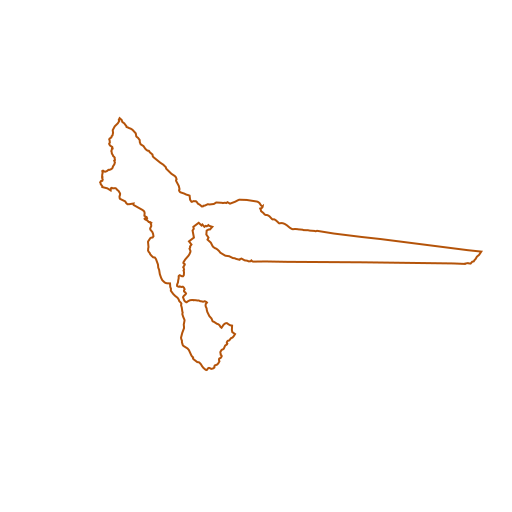 Cartago, Cartago, Costa Rica (Equal Earth projection), rotated 302°
{"feature_id": "36466004B19971785414820", "entity_name": "Cartago", "entity_type": "district", "adm_level": 2, "iso_a3": "CRI", "parent_name": "Costa Rica", "parent_adm1": "Cartago", "projection": "equal_earth", "projection_center": [-83.947, 9.787], "detail": "fine", "context": "isolated", "style": "outline", "palette": "amber", "viewbox_px": 512, "rotation_deg": 302, "n_neighbors": 0, "source": "geoboundaries", "source_scale": "gbopen_adm2", "svg_char_len": 6081}
<svg xmlns="http://www.w3.org/2000/svg" viewBox="0 0 512 512"><g transform="rotate(302 256 256)"><path d="M280.3,193.9L277.8,192.7L275.0,189.2L274.4,187.7L271.5,185.8L270.8,184.8L270.1,184.8L269.3,183.9L269.7,181.1L269.6,178.9L270.3,177.6L270.6,175.9L270.2,175.4L269.4,173.9L267.9,172.9L267.8,172.5L268.8,170.3L272.0,167.7L271.8,166.6L271.1,164.2L270.9,162.0L270.0,158.3L270.0,157.6L270.3,156.8L271.1,155.8L272.2,155.7L274.5,153.4L277.2,148.7L277.9,148.0L279.0,148.0L280.3,146.4L280.8,144.8L280.9,140.7L282.4,133.9L282.5,133.5L283.5,132.5L284.3,129.0L284.4,125.3L285.5,116.5L285.9,115.6L287.2,114.4L287.7,110.9L288.4,109.6L288.4,109.2L287.9,108.4L287.9,107.0L288.3,105.2L289.6,102.3L289.6,99.0L290.9,97.2L292.7,95.9L293.7,93.3L293.8,91.8L294.0,91.1L296.3,89.0L297.6,84.3L297.6,82.4L297.1,79.9L297.2,79.5L296.8,78.0L296.9,77.6L297.5,77.2L298.2,75.1L298.7,74.1L298.8,71.7L300.2,69.9L300.6,67.3L298.7,67.5L298.0,68.5L297.1,68.5L295.3,68.5L291.1,67.5L286.8,67.8L284.7,69.5L282.2,70.4L281.0,70.1L279.9,70.5L277.9,69.6L277.0,69.8L276.6,70.5L274.8,71.9L273.3,72.0L272.7,72.9L272.3,74.0L272.3,76.3L271.2,77.4L270.8,76.9L269.7,77.4L268.3,77.7L267.8,78.4L266.5,79.5L265.6,81.3L265.0,82.0L264.9,83.2L264.4,84.2L263.7,84.5L262.7,85.5L262.1,85.6L261.7,85.3L260.5,86.8L260.0,86.9L258.6,87.3L256.1,87.2L255.0,87.6L254.0,87.6L252.8,87.1L251.4,86.1L250.9,85.2L249.1,84.6L247.6,83.5L247.2,82.5L247.4,81.3L247.1,80.8L246.6,80.6L245.2,81.9L243.7,82.4L241.8,83.4L241.6,84.0L240.8,84.0L239.6,85.5L238.3,85.8L237.6,84.9L235.9,84.8L235.6,85.4L234.7,86.2L233.7,88.7L233.0,89.1L234.6,94.1L234.6,98.0L236.5,97.1L237.1,97.3L237.4,97.6L237.5,98.7L238.9,100.6L239.1,101.7L238.6,103.0L238.3,105.1L237.0,107.6L235.8,108.3L234.3,108.6L232.9,109.6L232.4,110.3L233.0,116.2L232.1,117.9L231.8,119.6L232.8,121.1L235.6,124.3L234.8,124.5L234.4,125.2L234.9,135.5L234.6,137.5L234.2,138.0L233.4,138.8L231.0,140.0L231.0,140.8L230.7,141.3L231.1,142.4L230.3,143.7L229.9,143.7L229.3,142.4L228.8,141.9L228.5,141.8L228.3,142.2L228.5,145.2L228.0,147.0L228.7,148.4L228.6,149.6L227.7,149.4L227.0,150.5L225.9,151.3L223.4,151.6L222.8,152.0L222.3,152.6L221.4,155.4L220.3,156.9L218.4,158.6L216.9,158.5L216.0,157.4L215.1,156.9L211.5,156.8L210.8,156.9L206.6,160.1L205.4,160.5L203.4,161.6L202.7,162.7L202.2,164.3L201.4,165.4L200.8,167.4L200.4,169.5L200.9,170.5L201.1,171.1L200.3,172.9L196.8,177.4L194.3,179.3L193.0,181.1L189.6,184.1L187.2,187.1L185.8,189.4L185.2,192.4L185.2,193.5L185.7,195.0L187.2,197.6L184.3,199.7L183.2,201.2L181.4,202.2L179.9,206.0L179.3,208.6L179.0,211.6L178.2,213.4L177.1,214.8L176.5,217.2L176.0,218.0L174.6,218.5L172.9,220.4L169.7,223.1L169.3,223.7L167.7,224.3L165.9,226.4L164.0,229.1L163.4,229.6L159.5,231.1L157.6,232.6L156.6,233.2L151.7,234.2L147.0,235.7L146.0,236.6L145.0,238.0L143.2,239.2L142.8,239.9L141.9,240.7L141.4,241.6L141.3,242.6L141.3,246.9L140.7,248.9L137.6,253.6L136.9,254.9L136.7,256.4L135.8,256.8L135.4,257.5L134.9,262.4L135.6,263.9L135.6,264.5L135.0,266.7L134.0,268.6L133.3,270.5L132.9,272.8L132.9,274.2L133.6,274.8L135.2,274.8L136.0,275.2L136.4,275.9L136.5,277.5L136.7,278.1L138.2,279.4L139.4,279.8L140.5,279.1L141.4,279.1L143.2,280.5L144.8,280.9L147.3,280.8L148.2,279.7L149.3,279.2L149.9,279.3L150.6,280.0L152.5,280.1L153.0,279.9L153.4,279.3L153.5,278.4L154.3,277.9L155.1,277.0L155.9,276.6L158.2,276.6L159.3,277.4L160.3,277.8L163.7,277.3L165.6,278.2L166.5,278.1L166.7,277.4L167.3,277.0L168.4,276.9L169.1,277.0L170.0,277.9L170.7,278.1L173.0,278.3L174.4,279.3L176.2,279.6L178.7,279.6L178.9,276.2L180.4,274.8L184.3,272.6L183.6,270.9L183.5,268.7L183.7,267.2L183.3,266.3L181.9,265.3L180.2,264.9L176.9,264.8L177.0,263.6L177.9,261.9L178.1,260.8L178.1,259.9L177.8,258.8L177.9,255.2L177.7,254.6L177.7,253.7L179.4,251.4L180.3,248.3L182.8,244.3L184.2,242.8L185.4,241.9L186.4,240.3L187.2,239.5L188.7,238.8L190.5,239.1L190.7,238.3L190.5,236.5L189.6,235.8L189.1,235.2L188.8,234.1L188.1,232.6L188.0,231.3L187.7,230.6L187.3,230.1L186.6,228.4L185.5,226.4L185.4,226.4L185.3,225.9L184.2,224.3L183.3,223.3L181.2,222.1L180.0,221.7L179.8,221.3L179.9,219.8L180.2,218.8L182.4,215.9L183.9,215.9L185.8,216.5L187.0,216.6L187.6,215.6L187.8,213.8L188.6,213.2L190.0,213.1L190.9,211.7L191.2,210.3L191.0,209.9L190.2,209.2L189.8,207.5L189.4,207.5L188.8,206.4L188.8,204.9L190.0,204.2L192.3,203.8L194.2,202.9L196.2,202.2L197.9,201.1L198.4,201.1L199.3,201.5L199.5,203.7L200.0,204.7L200.2,204.9L201.6,204.9L204.0,203.6L204.8,202.9L205.2,202.3L206.2,202.3L207.9,200.7L208.0,200.2L210.9,200.2L211.4,199.7L211.4,198.4L211.8,198.0L212.3,197.8L215.5,197.8L220.6,198.6L222.2,198.6L224.7,198.2L225.5,197.8L227.0,195.7L228.2,195.7L229.2,195.0L231.5,195.2L232.9,191.4L238.7,193.6L244.0,188.7L246.1,188.8L247.5,187.4L253.8,189.8L253.0,193.6L254.3,193.8L253.4,196.8L254.9,197.4L255.1,198.5L257.0,199.3L256.7,200.0L257.6,203.5L254.1,202.9L253.3,201.7L251.4,200.7L247.9,202.5L246.4,206.0L244.2,206.2L243.4,210.6L241.5,213.7L241.0,215.0L240.9,217.1L241.1,217.7L241.1,219.7L240.6,222.2L239.9,224.0L240.0,229.8L241.6,233.4L242.0,237.5L242.8,239.1L243.0,240.6L244.1,244.1L244.3,244.1L244.3,243.7L246.1,245.0L246.3,248.7L247.3,250.9L247.6,252.7L248.6,254.1L249.8,254.4L249.5,255.6L249.7,256.5L256.5,267.1L267.6,285.6L307.3,350.0L354.2,427.2L360.0,437.4L360.3,437.3L362.3,439.5L362.5,440.4L363.3,442.0L365.7,442.4L366.8,443.5L368.5,443.5L369.7,443.8L372.5,443.7L375.2,444.6L379.1,444.7L373.2,432.6L336.5,352.9L328.2,335.7L316.3,310.1L309.7,294.4L308.6,293.5L308.3,292.4L306.0,288.1L305.5,286.6L303.2,282.7L302.9,281.4L301.0,277.7L300.7,276.9L299.6,274.8L298.2,273.0L297.9,271.9L297.9,269.6L298.4,265.9L298.4,263.3L298.0,261.4L297.4,260.1L296.0,258.4L296.0,257.7L296.3,256.7L296.8,253.8L296.8,252.2L296.4,251.4L295.9,250.9L295.8,250.1L296.8,246.3L296.8,244.7L296.6,243.7L295.9,242.4L295.8,241.3L296.4,239.4L296.7,236.6L297.7,235.6L298.5,234.4L299.5,235.3L300.0,235.5L301.1,235.6L301.8,235.3L301.5,235.2L301.5,234.1L301.7,233.1L302.8,230.8L302.9,229.0L302.7,228.0L298.6,218.4L294.9,212.0L293.8,211.2L290.9,209.5L286.6,206.2L286.5,203.3L285.2,202.8L284.7,201.4L283.3,199.8L283.1,199.0L280.3,193.9Z" fill="none" stroke="#b45309" stroke-width="2"/></g></svg>